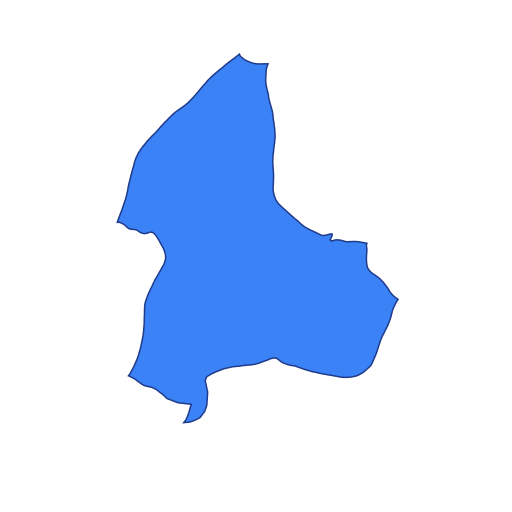 Ghayl bin Yamin, Hadramawt, Yemen (Mercator projection), rotated 113°
{"feature_id": "15242507B14142255130537", "entity_name": "Ghayl bin Yamin", "entity_type": "district", "adm_level": 2, "iso_a3": "YEM", "parent_name": "Yemen", "parent_adm1": "Hadramawt", "projection": "mercator", "projection_center": [49.287, 15.382], "detail": "fine", "context": "isolated", "style": "filled", "palette": "blue", "viewbox_px": 512, "rotation_deg": 113, "n_neighbors": 0, "source": "geoboundaries", "source_scale": "gbopen_adm2", "svg_char_len": 6069}
<svg xmlns="http://www.w3.org/2000/svg" viewBox="0 0 512 512"><g transform="rotate(113 256 256)"><path d="M416.1,326.6L416.1,325.3L416.3,322.8L416.5,320.5L416.7,319.0L416.9,318.1L417.6,315.6L418.1,313.3L418.3,312.4L418.7,310.7L418.9,307.9L418.5,305.6L418.1,303.0L417.6,300.8L417.6,300.7L417.8,295.9L420.1,287.2L422.0,282.1L421.6,270.6L417.8,257.6L420.4,257.4L423.5,257.0L426.4,256.6L428.2,256.6L428.9,256.5L431.8,256.4L434.3,256.5L436.5,257.1L437.6,257.4L435.0,252.4L431.5,248.5L426.9,244.5L419.3,242.5L412.8,242.9L400.2,247.3L390.7,254.0L387.0,254.3L386.9,254.3L384.8,253.1L383.9,252.4L382.9,251.7L380.6,249.7L379.2,248.4L377.7,247.1L377.5,246.8L375.9,245.2L374.1,243.4L373.5,242.7L372.4,241.5L371.1,239.8L369.5,237.6L368.7,236.5L368.1,235.7L366.8,233.8L365.6,231.5L364.5,229.5L363.1,227.0L361.9,225.2L360.9,223.1L359.7,221.2L358.6,218.9L358.4,218.5L356.9,215.9L355.5,214.0L354.3,212.4L352.7,210.6L352.2,210.0L350.5,208.3L348.9,206.5L347.4,204.9L345.5,203.1L345.1,202.7L344.1,201.5L342.7,199.4L342.4,198.4L342.0,197.0L343.3,192.4L343.4,192.1L343.8,189.8L343.7,187.4L343.6,185.8L343.6,184.7L343.2,181.9L342.6,179.3L341.9,176.3L341.9,174.3L341.8,173.2L341.6,170.1L341.4,166.8L341.0,163.9L340.8,161.9L340.7,161.0L340.4,158.4L339.7,155.8L339.4,153.4L339.4,153.2L338.9,150.8L338.5,148.6L338.4,148.2L337.6,144.9L336.9,141.9L336.3,139.6L335.9,137.5L335.6,136.4L335.1,134.2L334.7,132.1L333.9,129.2L332.8,126.3L331.5,123.5L330.1,121.0L328.8,119.0L327.3,116.9L325.5,115.1L323.4,113.4L322.1,112.4L320.9,111.7L318.9,110.6L316.4,109.5L314.6,108.6L314.0,108.3L311.9,107.5L309.7,107.3L307.2,107.2L304.8,107.2L302.8,107.2L301.9,107.2L299.2,107.2L296.4,107.4L293.6,107.6L292.1,107.8L290.8,107.9L288.9,108.1L287.8,108.1L285.0,108.4L282.5,108.4L280.3,108.4L277.1,108.1L274.9,108.0L272.3,107.8L270.8,107.7L269.5,107.6L266.9,107.6L266.0,107.6L264.5,107.7L261.8,107.8L259.4,108.0L257.2,108.4L254.6,108.8L253.6,109.0L250.8,109.2L248.9,109.1L247.9,109.1L245.5,109.0L242.9,108.7L240.4,108.3L239.9,110.8L239.1,113.4L238.3,115.6L237.2,117.7L236.1,119.6L234.5,121.5L233.6,123.0L232.8,124.4L231.5,126.7L230.3,128.9L229.4,131.1L228.3,133.8L227.7,136.2L227.2,138.4L226.9,140.0L226.8,141.0L226.1,143.6L225.2,145.6L224.1,147.7L222.3,149.5L220.2,150.9L218.1,152.0L215.9,153.1L215.7,153.2L213.8,153.9L212.7,154.3L211.4,154.8L209.1,155.6L207.0,156.3L205.0,157.4L202.8,158.7L201.0,158.8L201.2,160.3L201.9,162.9L202.5,166.0L203.4,168.9L204.2,171.2L205.4,173.6L206.5,176.1L207.6,178.3L207.9,180.6L208.4,184.5L209.7,188.4L211.5,191.0L211.8,191.3L212.6,191.9L212.8,192.0L212.7,192.1L212.4,192.5L212.3,193.3L212.1,194.2L208.5,193.9L207.0,194.0L206.1,194.3L206.0,194.8L206.3,195.6L207.1,196.7L209.9,200.3L211.3,203.2L211.2,206.4L211.0,209.7L210.8,216.5L210.7,217.2L210.5,219.6L210.3,222.0L210.2,222.4L210.2,222.5L209.6,224.8L209.2,226.2L208.9,227.2L208.3,228.9L207.9,229.9L207.6,230.9L207.1,232.4L206.5,234.8L206.0,236.1L205.7,237.0L204.8,239.7L204.0,241.9L203.0,245.0L202.0,247.8L201.3,250.0L199.3,255.2L198.7,256.2L197.6,258.2L196.0,260.3L194.0,262.2L191.7,264.0L189.6,265.4L187.5,266.5L185.1,267.5L182.6,268.3L182.2,268.5L180.1,269.3L177.4,270.3L174.4,271.6L172.2,272.6L169.7,274.0L167.6,275.0L167.2,275.2L164.7,276.5L162.0,277.7L159.7,278.5L157.6,279.4L155.5,280.0L152.4,280.9L150.1,281.6L147.7,282.3L144.7,283.1L142.0,284.0L139.5,284.7L136.4,286.1L134.3,287.2L133.8,287.4L131.1,288.8L130.8,289.0L128.6,290.3L126.1,291.7L123.9,293.2L122.0,294.3L119.3,295.7L117.4,296.9L115.2,298.4L113.2,300.1L111.5,301.4L110.8,302.0L109.1,303.4L106.7,305.2L104.5,306.7L102.4,307.8L100.6,309.2L99.7,309.9L98.4,310.9L96.1,312.5L93.7,314.1L91.5,315.3L90.8,315.6L89.3,316.2L87.0,317.0L83.9,318.2L81.2,319.1L78.5,319.8L75.9,319.9L74.4,320.1L74.6,320.4L75.6,322.9L76.6,325.0L77.8,327.7L78.3,328.8L78.7,329.9L79.3,332.1L79.8,334.8L79.9,336.4L80.0,337.1L79.9,339.6L79.9,342.2L79.4,344.6L79.1,345.6L78.7,347.1L77.8,349.1L76.6,350.1L77.4,350.5L79.4,351.7L82.1,353.1L85.0,354.9L85.2,355.0L87.3,356.1L89.4,357.4L91.7,358.6L94.5,360.0L96.0,360.7L96.7,361.1L99.2,362.5L105.9,365.9L108.0,366.8L110.8,368.0L113.8,369.2L116.3,369.9L118.9,370.8L120.6,371.4L121.8,371.8L122.6,372.0L124.9,372.7L128.0,373.6L128.9,373.9L130.9,374.5L133.6,375.4L138.7,377.3L140.9,378.2L142.3,378.8L143.2,379.3L144.3,379.9L145.7,380.6L148.6,382.4L151.2,384.1L153.9,385.7L156.2,387.0L158.3,388.0L159.3,388.4L160.4,388.9L162.6,389.8L165.9,391.0L168.0,392.0L170.5,392.9L171.2,393.1L172.6,393.6L174.8,394.4L176.7,394.9L176.9,395.0L179.1,395.8L182.0,396.8L184.5,397.9L186.7,398.8L189.0,399.6L191.3,400.5L193.5,401.2L196.1,401.9L199.0,402.8L199.9,403.0L201.8,403.5L204.7,404.1L206.9,404.5L209.5,404.6L212.3,404.8L213.2,404.8L215.1,404.6L217.8,404.4L220.4,403.9L223.1,403.6L225.5,403.3L227.7,403.0L228.4,402.9L230.9,402.6L232.7,402.2L233.2,402.1L235.8,401.7L238.1,401.4L240.4,401.0L243.2,400.4L245.4,399.8L247.6,399.4L249.8,399.0L252.5,398.6L254.7,398.3L256.9,398.1L259.2,398.0L260.8,397.9L261.4,397.8L263.0,397.7L264.7,397.6L265.4,397.5L267.6,397.4L269.8,397.4L272.1,397.2L274.6,397.2L277.1,397.0L279.2,396.8L278.4,395.0L278.3,392.7L278.5,390.3L279.1,388.0L280.0,385.8L280.5,383.5L280.1,381.3L280.1,381.0L279.3,378.9L278.7,376.7L278.8,375.7L279.0,374.2L279.5,371.9L279.5,369.6L278.9,367.1L278.0,365.9L277.2,364.7L275.6,363.1L275.4,362.9L274.7,360.7L274.7,360.4L275.1,358.5L275.9,356.8L276.3,356.0L277.6,354.1L279.2,351.8L281.4,349.1L283.3,346.7L285.0,344.5L287.0,342.4L289.0,340.8L289.4,340.5L290.8,339.5L292.8,338.5L294.3,338.1L295.0,337.9L297.8,337.6L299.5,337.6L300.8,337.6L303.0,338.0L305.7,338.2L308.8,338.6L311.4,338.9L314.1,339.2L316.8,339.6L319.4,339.7L322.2,339.9L325.2,339.9L327.7,340.2L330.3,340.2L333.4,340.3L335.6,340.2L338.5,340.1L341.2,339.9L343.8,339.4L346.1,338.7L348.6,337.8L349.6,337.4L350.7,336.9L353.5,335.8L356.2,334.8L358.8,333.8L360.9,332.9L364.0,331.8L366.7,330.9L369.7,329.9L371.9,329.3L374.1,328.7L376.3,328.2L379.5,327.6L382.2,327.1L385.2,326.4L388.6,326.0L392.0,325.6L395.9,325.2L399.5,325.2L399.9,325.2L406.2,325.3L408.5,325.5L410.9,325.7L413.1,325.9L415.3,326.4L416.1,326.6Z" fill="#3b82f6" stroke="#1e3a8a" stroke-width="1.5"/></g></svg>